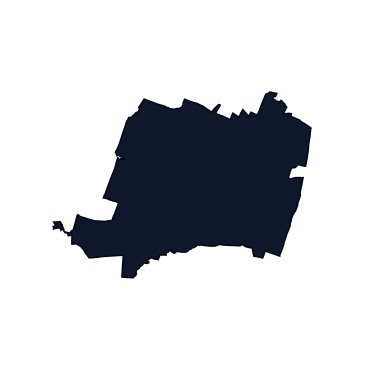 Albesti, Botosani, Romania, rotated 144°
{"feature_id": "2599482B63147515307079", "entity_name": "Albesti", "entity_type": "district", "adm_level": 2, "iso_a3": "ROU", "parent_name": "Romania", "parent_adm1": "Botosani", "projection": "albers", "projection_center": [27.098, 47.691], "detail": "fine", "context": "isolated", "style": "filled", "palette": "ink", "viewbox_px": 384, "rotation_deg": 144, "n_neighbors": 0, "source": "geoboundaries", "source_scale": "gbopen_adm2", "svg_char_len": 6027}
<svg xmlns="http://www.w3.org/2000/svg" viewBox="0 0 384 384"><g transform="rotate(144 192 192)"><path d="M139.5,265.3L143.4,271.4L144.0,271.1L145.9,269.9L146.9,269.2L147.6,268.2L149.0,267.3L150.3,266.8L152.6,266.9L152.9,267.1L154.2,267.6L154.8,268.2L155.3,268.5L156.3,268.8L158.5,269.9L158.6,270.2L159.2,270.7L161.2,272.8L161.6,274.1L162.3,274.7L162.8,275.5L163.3,276.7L163.7,277.6L165.0,279.3L166.6,281.2L167.4,282.3L168.3,283.4L176.1,295.3L185.4,291.7L185.4,291.2L186.3,289.3L188.2,288.7L189.4,288.7L190.3,289.1L190.7,289.1L191.7,289.0L193.1,288.5L195.5,288.6L197.3,287.9L199.1,289.5L200.0,289.2L201.1,288.3L201.6,288.2L203.7,287.3L209.2,283.2L211.3,281.8L222.1,273.9L223.5,273.0L223.8,272.8L227.6,270.6L230.7,269.2L230.6,267.8L231.0,266.9L231.5,265.2L229.3,265.2L229.5,264.0L229.1,263.0L229.3,262.9L229.0,262.3L228.8,262.3L228.2,261.5L227.8,260.3L227.1,259.0L227.0,258.3L227.0,257.8L226.9,256.8L227.8,258.3L228.8,259.2L229.1,259.9L229.7,260.6L230.3,260.9L231.8,260.6L232.4,261.2L232.2,261.4L231.7,262.7L231.8,263.2L231.9,263.3L234.2,261.7L237.6,259.0L238.4,258.2L241.4,256.0L251.5,249.6L253.8,248.0L255.0,247.3L264.8,240.6L265.1,240.8L267.2,239.4L266.3,238.6L264.3,236.0L263.8,235.2L263.5,234.3L262.9,233.7L262.4,232.9L261.1,231.2L260.5,230.4L259.4,229.4L257.8,226.3L267.0,220.1L269.8,218.6L273.4,216.1L280.0,219.6L288.1,226.2L296.6,237.5L297.0,238.2L297.6,240.6L297.8,240.5L298.5,240.6L299.0,240.3L305.3,235.1L310.4,231.2L312.7,231.3L314.9,230.4L318.4,234.6L318.4,235.8L318.3,236.4L318.1,236.7L317.5,237.4L317.6,237.6L317.5,238.1L316.9,240.6L316.3,241.7L316.5,241.9L316.6,242.2L316.5,242.6L316.3,243.0L316.5,243.4L316.2,244.0L316.1,244.5L316.1,245.3L316.4,245.7L316.9,246.2L317.2,246.1L317.7,246.2L318.4,246.9L320.0,248.0L320.4,247.9L320.6,248.0L320.7,248.4L320.8,248.5L321.6,249.0L321.8,246.9L322.2,245.4L322.6,245.0L323.1,244.9L323.5,245.0L324.1,245.5L324.5,245.7L325.8,243.4L324.0,242.9L321.2,241.5L320.8,241.1L319.8,239.5L320.5,238.0L318.9,238.3L318.7,237.5L318.1,237.3L318.1,237.2L318.5,236.4L318.6,236.0L318.6,235.0L318.7,234.4L318.6,234.0L318.4,233.5L316.9,231.8L317.9,229.4L316.9,229.0L314.7,227.2L318.4,222.5L319.8,220.4L316.5,218.3L315.7,217.6L315.5,216.5L315.0,216.0L314.3,213.6L314.0,213.2L314.0,210.8L313.7,209.4L313.7,208.6L314.0,207.0L313.9,206.4L314.2,205.3L313.9,202.3L314.0,201.5L313.9,200.5L314.0,199.3L311.1,197.3L309.4,196.3L308.5,196.0L307.9,195.4L306.5,194.5L304.6,193.6L301.5,191.9L284.8,181.3L289.7,175.2L291.1,173.8L291.9,172.7L297.5,165.9L298.7,164.4L292.5,159.2L290.2,157.5L289.8,157.1L288.5,157.9L287.1,157.4L286.3,157.7L285.7,158.2L285.1,158.4L284.7,159.4L283.1,161.4L282.7,162.1L281.9,161.3L279.8,161.5L279.4,161.3L278.6,161.8L277.7,162.1L276.4,162.0L274.4,162.2L273.2,162.6L272.3,162.5L272.0,162.4L270.8,161.0L270.3,160.6L268.6,160.2L268.0,160.8L268.0,161.0L268.4,162.7L268.0,163.5L267.6,163.7L266.8,163.1L266.3,162.9L264.9,163.0L263.8,162.7L263.3,162.3L262.2,160.4L261.7,159.9L261.1,159.1L259.8,158.3L259.5,157.4L259.1,157.3L258.4,157.6L257.3,158.6L256.5,158.7L256.3,158.9L256.0,159.4L255.8,159.6L255.3,159.7L254.7,159.7L254.3,159.5L253.7,158.8L252.9,158.5L252.3,157.8L251.3,157.4L250.8,156.7L250.4,156.3L249.9,156.2L249.8,156.5L249.6,156.7L249.3,157.8L248.9,158.0L247.6,157.6L243.3,157.4L243.7,156.5L243.5,156.2L243.7,155.5L242.7,154.1L242.5,153.6L242.5,153.3L242.5,153.1L242.2,152.9L242.1,153.2L241.6,152.9L241.2,152.8L239.8,153.0L237.6,151.5L236.7,150.6L236.2,149.9L235.3,149.1L232.4,147.1L231.9,146.9L230.9,146.6L229.0,146.9L228.0,146.9L226.5,146.5L224.5,146.6L223.2,145.9L222.1,145.8L219.4,145.8L217.6,145.5L217.4,145.4L217.3,144.6L217.0,144.7L216.4,144.3L215.3,144.5L215.6,144.3L215.9,143.9L215.6,143.7L213.5,141.5L208.4,137.0L204.7,134.5L202.8,134.2L201.4,133.5L200.4,133.4L198.2,131.0L191.9,125.9L185.1,120.5L183.9,120.0L182.7,119.9L181.7,119.4L181.3,118.6L181.4,117.9L181.4,117.5L180.5,116.0L179.3,114.5L176.1,111.1L177.6,108.7L179.7,103.5L178.7,102.7L177.9,102.2L177.6,101.6L175.9,99.8L173.6,97.1L169.7,99.6L169.3,100.1L168.7,100.4L167.6,101.4L158.8,88.7L158.7,88.9L158.3,89.2L153.3,92.4L148.2,95.9L147.8,96.6L146.6,97.4L139.2,102.8L137.6,103.7L133.3,106.4L132.1,107.4L132.2,107.7L131.0,108.8L129.0,110.2L126.5,112.5L125.2,113.2L124.5,113.8L121.6,115.1L120.8,115.8L119.9,115.5L114.7,119.0L114.1,119.6L114.4,119.7L112.1,121.4L106.5,125.4L106.0,126.0L106.3,126.2L106.0,126.8L103.8,129.0L99.1,133.2L95.8,136.4L93.7,138.3L94.4,138.6L95.1,139.2L95.9,140.2L97.4,140.9L97.6,141.2L98.4,141.9L99.0,142.1L99.8,142.8L100.7,143.0L101.6,143.6L103.4,144.2L104.9,144.2L104.7,144.7L105.1,145.2L105.4,146.6L105.3,146.9L105.0,147.2L103.9,148.3L101.4,150.3L98.9,151.9L97.7,152.5L96.6,152.8L96.0,152.0L95.7,151.9L95.1,152.1L94.4,151.1L94.2,151.1L89.8,151.7L88.4,149.8L85.8,146.8L85.2,146.3L84.8,146.2L84.6,146.6L83.6,147.4L78.2,152.5L78.0,152.9L77.3,153.5L71.9,159.2L68.4,163.3L63.8,167.7L62.4,169.5L61.8,170.0L61.2,170.9L60.4,171.4L59.7,172.4L59.3,173.0L58.2,173.7L58.2,174.1L60.6,180.8L61.2,182.1L62.1,184.1L62.4,185.1L62.7,185.7L62.5,186.6L67.6,195.4L65.6,196.8L66.6,198.1L72.1,201.6L67.0,204.3L65.5,204.9L65.7,205.2L65.8,206.2L65.6,206.7L65.3,207.0L65.7,207.7L65.7,207.9L65.6,208.2L65.2,208.6L65.4,209.3L65.6,211.1L65.8,211.5L65.9,211.8L65.7,212.3L65.7,212.8L65.9,213.3L66.2,213.8L67.0,213.2L67.6,213.2L67.8,213.3L68.3,213.9L68.5,213.8L68.8,214.0L70.2,215.9L71.1,218.5L71.4,219.1L71.7,219.9L70.6,221.1L70.0,221.3L68.5,220.1L65.5,221.8L65.4,222.0L66.3,222.6L69.4,226.2L70.3,227.2L70.8,226.9L72.2,227.0L73.4,227.2L74.6,227.8L76.1,227.0L86.1,220.8L87.8,219.7L89.5,218.2L90.5,217.8L93.8,215.8L95.3,218.1L97.4,221.9L100.6,220.5L101.6,219.9L102.2,226.9L102.5,227.9L102.4,228.8L106.3,227.1L107.3,226.4L110.0,225.1L112.6,231.8L115.5,230.1L118.4,227.9L122.9,235.9L123.9,237.3L126.4,241.4L126.1,241.7L126.0,242.1L125.5,242.4L121.9,244.0L119.3,245.1L118.2,245.7L118.1,245.8L119.0,247.1L123.3,246.5L125.2,246.3L127.5,245.6L129.1,245.0L129.4,245.7L130.7,249.4L131.3,250.8L132.3,253.9L133.6,256.5L134.2,257.4L135.9,260.9L137.5,262.7L139.5,265.3Z" fill="#0f172a" stroke="#020617" stroke-width="1.5"/></g></svg>